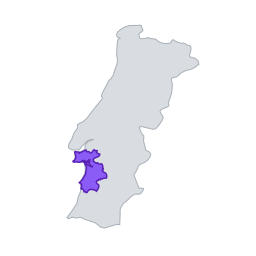 Setúbal highlighted on a map of Portugal, rotated 14°
{"feature_id": "PRT-5498", "entity_name": "Setúbal", "entity_type": "District", "adm_level": 1, "iso_a3": "PRT", "parent_name": "Portugal", "parent_adm1": "", "projection": "robinson", "projection_center": [-8.638, 38.295], "detail": "fine", "context": "in_parent", "style": "filled", "palette": "violet", "viewbox_px": 256, "rotation_deg": 14, "n_neighbors": 0, "source": "natural_earth", "source_scale": "10m", "svg_char_len": 5546}
<svg xmlns="http://www.w3.org/2000/svg" viewBox="0 0 256 256"><g transform="rotate(14 128 128)"><path d="M97.9,33.0L101.0,30.4L104.0,28.6L105.7,27.9L112.7,26.1L114.5,25.2L116.2,25.4L116.5,26.2L117.5,27.9L118.6,29.1L118.9,30.0L116.2,33.6L115.8,34.8L117.3,37.2L117.5,37.9L118.2,38.2L120.1,38.1L123.4,36.6L125.7,35.3L126.5,35.9L133.1,35.1L134.7,35.7L135.7,36.4L139.0,37.2L142.5,37.3L146.9,36.1L148.8,34.9L149.2,33.5L149.3,32.5L149.8,31.8L150.8,31.4L152.4,32.1L154.6,32.7L160.0,32.9L161.0,32.1L162.8,32.3L165.2,33.3L168.0,33.0L169.4,34.2L170.0,35.7L170.2,39.1L170.0,42.5L170.6,43.8L172.5,44.1L175.5,44.0L178.2,45.0L180.3,46.6L181.1,48.2L181.4,49.4L180.3,50.0L178.9,52.4L175.2,55.6L169.9,58.5L165.9,62.0L163.2,66.3L159.7,68.1L158.6,69.0L158.2,70.2L160.6,75.4L161.3,79.4L161.9,84.4L161.6,85.7L161.4,91.2L160.9,92.8L161.0,94.0L161.9,95.4L162.3,96.7L160.7,98.4L157.8,100.4L155.6,102.1L155.1,103.7L155.2,104.7L158.9,108.2L159.6,109.6L159.1,113.0L157.0,118.5L155.1,121.9L154.7,122.3L152.4,123.2L141.3,123.3L138.7,124.0L139.0,124.7L141.7,129.1L144.4,131.4L145.3,131.9L146.3,137.0L150.7,145.2L155.0,146.3L156.5,148.3L156.2,151.2L154.9,154.4L152.3,157.6L149.2,159.8L147.2,162.1L147.1,164.7L146.4,168.0L145.5,170.7L145.2,172.4L153.1,183.5L157.5,183.0L158.0,183.3L157.3,185.9L155.9,189.0L154.3,189.6L150.5,190.6L147.0,194.6L144.2,199.4L142.0,201.7L140.1,207.5L140.3,210.0L141.3,213.8L143.4,223.8L140.5,224.2L129.2,230.8L125.7,230.8L119.1,227.9L107.5,227.0L103.8,226.1L99.1,228.0L95.4,228.0L92.5,230.4L90.4,229.7L92.8,224.3L96.6,213.7L96.4,207.2L97.3,201.5L96.3,196.0L94.4,192.5L97.0,183.4L96.7,178.8L94.4,172.9L101.4,173.8L99.2,171.4L97.1,170.0L95.0,170.3L93.3,170.2L87.3,172.5L84.3,173.2L83.4,172.8L83.7,169.1L82.2,164.4L84.6,163.2L87.4,162.8L89.8,160.8L91.2,158.5L90.5,154.5L92.5,150.7L97.4,147.5L94.9,148.0L92.0,150.0L87.5,157.3L86.0,161.0L82.1,162.2L78.7,162.8L76.9,162.4L74.8,161.4L74.6,158.7L74.8,156.5L76.2,152.2L76.8,146.1L78.9,140.6L78.7,139.2L78.2,137.0L80.0,134.9L82.2,133.5L85.6,128.8L90.4,117.6L95.9,105.8L95.4,104.4L94.3,103.3L94.7,100.1L98.0,86.3L99.4,84.5L100.9,80.4L101.2,73.9L101.8,69.4L101.7,67.1L101.2,64.4L99.1,59.2L97.0,48.2L96.8,44.6L98.6,42.7L95.6,42.4L94.3,40.1L94.6,37.4L97.9,33.0Z" fill="#d9dde1" stroke="#a8b0b8" stroke-width="1"/><path d="M97.0,197.8L97.1,197.0L97.1,195.7L96.9,194.8L96.4,193.7L95.3,193.5L93.9,192.7L94.1,192.4L94.3,192.2L94.6,192.1L94.8,191.9L96.5,188.3L97.2,185.5L97.9,183.3L97.8,181.1L97.5,178.6L97.2,176.4L96.4,174.8L95.5,173.9L94.5,172.8L93.3,171.8L92.3,171.5L92.9,171.0L93.6,171.3L94.8,172.3L96.3,172.8L97.1,173.2L97.1,173.7L98.5,173.6L101.8,174.5L103.4,174.0L102.5,173.9L101.6,173.7L99.2,172.6L98.9,172.3L98.7,171.8L98.6,171.2L98.7,170.7L98.9,170.3L99.1,170.1L99.1,169.8L98.7,169.7L98.3,169.2L98.2,168.6L98.5,168.2L97.9,168.1L97.3,169.4L96.6,169.6L96.6,169.8L97.4,169.9L97.7,170.5L97.7,171.2L97.4,171.5L96.7,171.4L96.0,171.2L94.8,170.6L93.6,170.2L91.9,170.5L90.5,172.2L90.7,172.3L88.8,173.1L85.6,173.5L85.0,173.7L84.4,174.1L83.8,174.2L83.0,174.0L82.8,174.0L82.7,173.8L82.7,173.5L82.8,173.2L83.2,172.8L84.2,171.8L84.4,170.5L84.4,168.6L83.6,166.8L82.6,165.3L82.1,164.1L82.7,163.7L84.3,163.6L85.7,163.4L86.4,163.8L86.7,164.3L86.9,164.3L86.7,163.5L87.2,163.3L88.2,163.0L88.7,162.9L88.7,162.7L89.2,162.1L89.8,161.6L90.7,160.9L91.9,159.9L92.0,159.9L92.2,159.7L92.4,159.6L92.7,159.5L93.0,159.6L93.0,160.1L93.1,160.7L93.4,160.9L93.7,161.0L94.1,161.0L94.8,160.7L95.1,160.6L95.7,160.4L96.1,160.5L96.3,160.6L96.6,161.0L97.5,161.3L97.8,161.3L98.3,161.1L98.8,160.5L98.9,160.2L99.3,159.1L100.3,157.3L100.5,157.2L100.7,157.3L100.9,157.5L101.3,157.7L102.2,158.0L102.9,157.7L103.4,157.4L103.6,157.5L103.5,158.0L103.5,158.3L103.5,158.6L103.5,159.0L103.5,159.3L103.9,159.8L104.3,159.9L104.6,159.8L105.4,160.0L106.8,160.2L107.0,160.3L107.1,160.8L106.8,161.4L106.8,161.7L106.7,162.2L106.4,162.5L105.9,163.1L103.2,165.0L102.0,166.4L101.9,166.8L102.0,167.1L102.1,167.4L102.2,167.7L102.4,168.7L103.4,168.8L104.7,169.6L105.6,169.7L106.4,169.9L106.6,169.8L106.7,169.6L106.6,169.4L106.6,169.2L107.0,169.0L107.3,169.4L107.5,169.6L107.8,169.8L108.2,169.9L109.2,169.9L109.7,169.7L110.4,169.3L111.0,169.1L111.3,169.3L112.0,170.0L112.4,170.5L112.6,170.7L112.6,170.8L112.6,171.1L113.1,172.2L113.1,172.5L112.9,172.6L112.9,172.8L113.1,173.0L113.6,173.2L113.8,173.4L114.0,173.7L113.9,174.4L113.3,175.4L113.3,175.7L113.5,175.8L114.2,176.0L114.7,176.4L115.4,176.8L115.7,176.9L116.0,176.9L116.3,176.9L116.9,177.1L118.2,178.0L119.0,179.7L119.2,180.7L119.2,181.1L119.2,181.4L119.1,181.8L117.9,182.2L117.3,182.4L116.2,182.7L115.9,182.8L115.8,183.3L115.5,183.6L114.4,183.6L114.1,183.7L114.0,184.0L114.0,184.3L113.7,185.0L113.3,185.0L113.0,184.9L112.7,184.7L112.4,184.8L112.3,185.0L112.0,185.1L111.9,185.2L111.9,185.4L111.9,185.6L111.9,185.8L111.7,186.2L111.6,186.3L111.5,186.5L111.4,186.5L111.2,186.4L110.8,186.4L110.6,186.7L110.5,187.0L110.4,187.3L110.4,187.5L110.3,187.8L110.3,188.0L110.5,188.6L111.1,189.1L111.6,189.6L112.1,189.8L112.4,189.9L112.9,190.0L113.3,190.3L113.5,190.7L113.8,191.6L113.9,192.7L113.6,194.5L113.3,195.6L113.1,195.8L112.7,197.0L111.7,196.5L111.6,196.4L110.7,196.4L109.2,196.2L106.3,196.7L105.7,197.0L105.4,197.3L105.3,197.5L105.1,197.8L104.6,198.4L104.4,198.7L104.1,199.6L104.1,199.9L104.0,200.2L103.8,200.5L103.3,200.7L102.9,200.7L102.3,200.4L102.1,200.2L101.8,200.1L101.6,200.0L101.3,200.1L101.2,200.4L101.1,200.5L100.9,200.6L100.7,200.4L100.4,199.8L99.6,198.8L99.5,198.6L99.2,198.3L98.7,198.1L98.4,198.2L98.1,198.3L97.9,198.5L97.7,198.4L97.3,198.1L97.0,197.8Z" fill="#8b5cf6" stroke="#5b21b6" stroke-width="1.5"/></g></svg>